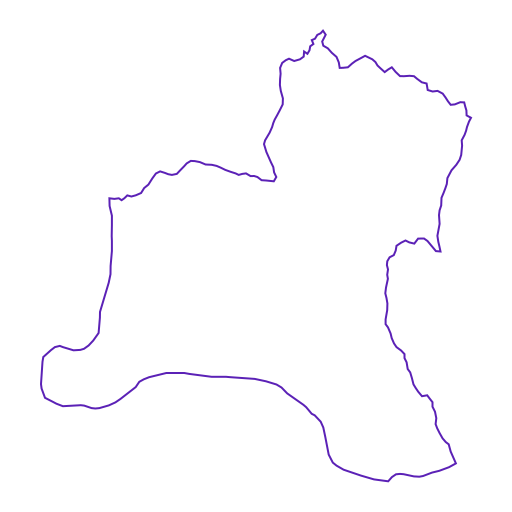 Paulo de Faria, São Paulo, Brazil, rotated 180°
{"feature_id": "56859067B47461388834075", "entity_name": "Paulo de Faria", "entity_type": "district", "adm_level": 2, "iso_a3": "BRA", "parent_name": "Brazil", "parent_adm1": "São Paulo", "projection": "natural_earth1", "projection_center": [-49.477, -20.074], "detail": "fine", "context": "isolated", "style": "outline", "palette": "violet", "viewbox_px": 512, "rotation_deg": 180, "n_neighbors": 0, "source": "geoboundaries", "source_scale": "gbopen_adm2", "svg_char_len": 3364}
<svg xmlns="http://www.w3.org/2000/svg" viewBox="0 0 512 512"><g transform="rotate(180 256 256)"><path d="M467.0,114.2L459.2,110.2L455.6,108.3L449.1,105.8L431.2,106.8L427.8,106.4L420.4,103.9L416.6,103.5L412.6,103.9L403.2,106.6L396.6,109.6L391.6,113.0L376.3,124.9L372.7,130.2L368.2,132.7L362.9,134.8L345.7,139.0L327.7,139.0L322.8,138.1L300.4,135.2L286.0,135.2L281.4,134.8L257.3,133.1L246.0,130.7L235.5,127.5L230.5,124.5L224.8,118.6L208.6,107.2L205.8,104.8L200.3,98.2L197.3,96.7L191.3,90.3L188.7,84.5L186.7,75.0L183.3,57.4L179.2,49.4L175.5,46.4L168.4,42.3L151.0,36.4L138.0,32.6L123.8,30.7L120.1,34.9L116.0,37.7L112.0,38.1L108.4,37.8L98.1,35.6L92.6,35.3L88.9,36.0L80.0,39.4L72.7,41.2L63.0,44.8L56.1,48.6L61.3,60.4L63.3,67.7L66.2,69.9L69.4,73.6L72.4,78.9L74.8,83.7L76.4,87.9L75.7,93.8L77.0,100.3L79.5,105.3L79.5,109.8L82.4,113.5L84.8,116.7L90.0,115.8L93.8,120.3L96.3,124.0L98.5,127.6L100.1,133.9L101.8,139.6L104.3,143.0L105.4,149.7L107.5,153.9L107.5,157.9L110.9,161.5L115.5,164.9L118.0,168.6L120.3,173.9L121.4,178.5L124.0,184.6L126.4,187.8L126.4,192.6L124.8,201.8L124.6,208.6L125.5,213.9L126.7,218.7L126.0,224.4L124.1,233.2L124.8,237.2L124.0,242.6L125.1,246.9L124.7,250.8L122.4,254.7L118.2,256.9L116.3,261.4L115.5,266.2L110.9,269.3L106.5,271.5L102.7,269.6L97.7,268.4L93.9,273.4L88.0,273.5L84.5,271.0L76.1,260.9L71.5,260.5L72.6,265.6L73.7,270.2L74.6,276.2L72.4,288.1L73.0,296.9L72.4,301.7L70.8,306.5L70.5,314.2L68.5,318.9L66.7,323.6L65.2,328.0L64.6,333.9L60.5,341.7L55.7,347.2L52.4,352.2L50.8,357.0L50.3,362.2L49.9,366.3L50.3,371.7L47.4,377.2L45.9,381.3L45.0,385.0L43.0,390.4L41.0,394.2L45.4,396.6L45.6,401.6L46.8,405.6L47.8,409.6L51.7,409.8L57.2,407.6L61.3,407.2L64.1,410.8L66.4,414.4L69.3,418.4L74.4,421.1L79.4,420.5L84.3,422.0L85.4,428.5L90.2,429.7L94.8,433.1L98.0,435.8L102.4,436.2L108.1,435.8L112.0,435.9L116.4,440.1L120.2,444.7L123.7,442.6L127.3,439.9L131.2,443.4L134.5,446.5L136.6,450.0L139.7,452.7L146.9,456.2L151.1,453.9L156.5,451.0L160.0,448.4L164.1,444.7L169.0,444.2L172.3,444.1L173.2,449.6L175.5,455.1L180.2,459.2L184.2,463.7L188.7,466.3L189.8,470.5L186.3,477.3L189.0,481.3L191.4,478.7L194.7,477.1L197.0,473.3L200.2,471.9L198.6,468.0L201.8,465.7L202.5,461.7L204.6,458.2L207.9,460.5L208.3,455.4L212.0,452.7L217.8,451.0L223.0,453.3L226.2,451.8L229.8,449.1L231.9,444.1L231.4,438.2L231.9,433.1L232.1,427.0L231.2,421.1L229.1,413.6L229.3,407.6L232.3,401.6L234.9,396.7L237.3,392.4L238.7,389.0L239.9,384.9L242.4,379.3L246.9,371.7L248.0,367.9L245.6,360.0L241.0,349.6L238.7,344.9L237.9,339.6L235.7,335.0L238.2,330.7L245.8,331.5L250.4,331.8L254.6,335.0L257.9,336.0L261.4,335.9L266.0,338.6L269.7,338.1L273.3,337.1L276.4,338.6L281.4,340.2L286.7,342.1L291.4,344.4L295.4,346.1L300.2,347.2L306.4,347.5L312.1,349.9L317.2,350.9L321.2,351.1L325.3,348.6L327.9,345.7L331.8,341.7L335.2,338.1L340.1,337.1L343.8,337.8L347.1,339.1L351.9,340.6L356.1,338.5L359.6,333.7L363.6,327.4L367.8,324.0L370.9,319.0L376.2,316.7L380.6,315.5L384.7,316.6L387.7,313.7L390.4,311.8L393.2,313.7L397.6,313.1L402.6,313.7L402.4,306.0L400.1,296.3L400.1,287.0L400.3,275.9L400.1,271.0L400.1,261.0L401.4,246.0L401.5,237.8L403.3,229.2L412.0,200.1L412.1,194.3L413.4,179.0L418.8,171.4L423.4,166.5L428.0,163.2L431.7,162.1L438.5,161.7L449.1,164.9L452.2,166.1L457.1,164.9L461.0,161.9L468.7,155.0L469.5,150.3L470.4,136.9L471.0,127.9L470.4,123.4L467.0,114.2Z" fill="none" stroke="#5b21b6" stroke-width="2"/></g></svg>